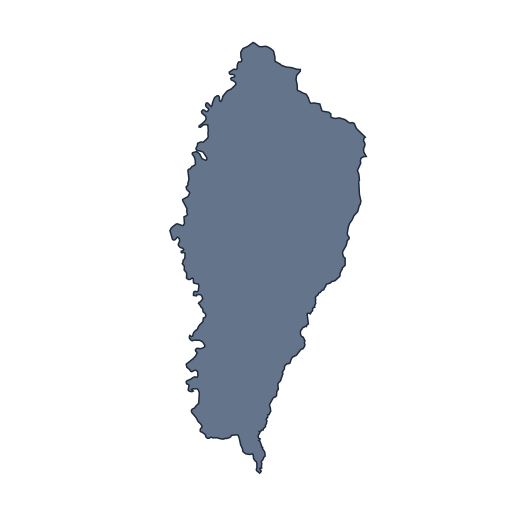 Santa Rita do Trivelato, Mato Grosso, Brazil (orthographic projection), rotated 224°
{"feature_id": "56859067B5892381335106", "entity_name": "Santa Rita do Trivelato", "entity_type": "district", "adm_level": 2, "iso_a3": "BRA", "parent_name": "Brazil", "parent_adm1": "Mato Grosso", "projection": "orthographic", "projection_center": [-55.302, -13.782], "detail": "fine", "context": "isolated", "style": "filled", "palette": "slate", "viewbox_px": 512, "rotation_deg": 224, "n_neighbors": 0, "source": "geoboundaries", "source_scale": "gbopen_adm2", "svg_char_len": 6152}
<svg xmlns="http://www.w3.org/2000/svg" viewBox="0 0 512 512"><g transform="rotate(224 256 256)"><path d="M224.2,372.0L233.8,380.9L234.3,382.4L236.0,383.9L239.1,386.4L242.4,387.9L245.2,395.6L247.1,397.0L248.4,399.2L247.6,402.2L245.8,404.2L250.8,405.7L253.4,408.2L253.8,409.9L255.3,412.2L257.2,413.2L258.3,413.2L259.1,414.2L260.2,415.9L259.9,417.4L272.2,417.4L277.5,419.6L279.5,418.8L281.0,416.7L286.8,415.9L292.1,413.2L294.3,410.2L296.7,408.6L298.1,408.1L299.2,408.4L300.9,410.2L303.5,410.0L308.6,406.5L309.5,406.3L315.7,409.7L320.7,406.3L322.3,404.1L323.5,403.9L325.8,404.7L328.2,406.1L332.2,407.2L336.7,405.4L338.4,405.2L340.8,403.9L342.3,404.7L345.0,407.5L349.8,410.8L351.5,413.0L352.3,414.5L352.5,419.8L353.7,421.0L356.3,418.7L361.2,416.3L365.3,413.1L369.7,411.0L372.3,410.7L377.6,409.3L380.9,412.5L384.9,415.1L386.1,415.6L389.5,415.4L393.3,414.4L394.9,413.4L397.5,410.2L399.4,408.7L404.2,408.3L406.4,407.6L407.5,401.1L409.5,396.1L408.5,392.0L404.9,388.5L402.7,387.6L401.7,385.9L402.2,384.6L403.2,383.7L403.1,382.4L402.1,380.3L399.7,377.6L400.0,376.2L401.7,375.1L403.0,369.7L402.1,368.9L400.9,368.7L400.0,369.2L399.1,370.5L397.4,371.0L396.1,370.6L396.0,369.4L397.5,367.4L397.5,366.1L396.1,365.5L392.8,366.6L390.7,366.4L389.6,365.3L389.8,359.0L391.3,354.9L391.3,353.1L390.8,347.7L389.2,345.3L388.6,342.8L389.7,342.2L392.9,344.9L394.3,345.2L395.3,344.1L395.8,341.5L395.5,340.2L393.4,335.4L392.5,334.4L392.0,332.4L397.0,332.5L398.0,331.6L397.6,330.3L396.5,329.1L395.2,328.7L392.7,328.9L391.7,328.5L391.3,326.4L392.1,325.4L394.9,324.9L395.8,324.0L395.5,322.0L394.1,321.2L389.2,321.5L388.0,320.8L387.0,319.7L386.5,317.6L386.7,313.9L387.3,310.0L386.5,309.2L385.3,310.2L384.9,313.9L383.2,315.8L381.7,316.8L377.4,313.0L376.2,311.3L373.1,308.4L372.7,307.1L373.0,301.3L375.1,299.4L376.3,296.5L374.6,294.2L374.1,291.9L373.2,291.1L371.9,291.0L368.0,293.3L366.0,294.0L359.7,292.5L358.6,291.5L358.4,290.3L359.5,289.5L362.6,288.5L367.1,290.2L370.0,290.1L371.5,289.5L373.4,286.2L372.7,285.0L369.6,284.5L366.7,283.0L363.4,280.1L363.2,278.6L364.2,275.9L363.9,272.6L364.6,271.8L364.6,270.4L357.4,264.5L355.5,260.9L354.6,260.3L354.1,258.8L354.4,257.4L353.3,256.4L351.8,255.7L348.1,255.7L347.3,255.0L346.2,251.5L348.0,245.7L347.2,244.9L338.6,242.1L336.8,239.9L334.1,238.3L334.1,236.6L335.0,234.1L330.0,229.6L329.6,227.5L330.1,226.7L334.8,224.6L335.6,223.6L336.3,219.0L336.3,216.9L335.5,214.4L327.7,210.0L326.2,210.3L325.5,211.5L325.7,214.8L324.7,215.3L323.3,215.2L321.4,213.8L320.1,210.5L319.3,209.8L317.1,209.5L316.1,209.6L314.1,210.7L312.4,210.4L312.3,209.1L313.1,207.5L312.3,206.6L311.4,206.9L310.6,208.2L309.0,208.7L306.0,205.4L305.4,204.0L305.5,202.3L304.3,201.0L303.7,199.2L301.1,199.0L299.8,198.2L297.9,196.0L294.4,195.7L292.5,194.0L290.9,192.0L289.7,191.8L287.9,192.4L287.0,193.6L286.6,195.8L285.3,196.0L282.7,193.6L281.6,193.4L278.0,195.8L276.3,194.9L273.3,190.7L273.6,189.1L275.1,188.5L275.8,187.2L275.2,185.9L273.6,184.2L271.2,185.9L271.6,187.0L270.2,188.8L268.7,189.7L266.7,189.4L264.5,188.1L264.2,184.3L264.7,183.4L264.5,182.0L261.8,181.7L259.8,181.0L258.3,181.1L257.2,180.7L255.4,179.1L252.5,179.3L250.9,178.5L250.2,177.3L250.1,175.9L250.8,174.9L248.5,171.7L248.7,167.8L248.4,165.4L247.2,162.5L247.7,160.8L247.7,158.3L247.5,157.2L246.0,154.4L246.6,153.1L248.4,152.9L247.9,151.6L246.6,150.5L244.2,150.3L242.9,150.7L242.4,152.2L237.9,156.2L234.9,157.2L230.8,156.2L229.8,155.1L230.5,152.5L231.7,150.6L234.1,148.9L234.6,147.7L234.4,146.4L233.2,145.6L231.5,145.7L230.8,144.7L229.9,142.1L229.9,138.3L231.1,129.7L228.4,127.9L225.3,128.2L222.7,127.7L221.8,128.2L220.7,131.3L219.6,132.1L217.8,132.3L214.5,129.5L214.2,127.7L216.2,126.4L216.7,125.3L217.6,121.4L218.9,118.6L219.0,117.3L218.2,116.4L216.9,115.9L215.4,116.6L214.2,116.3L211.9,112.6L210.9,112.3L209.7,112.6L207.8,113.9L207.3,115.3L209.5,115.2L209.0,116.9L207.8,117.7L206.5,119.3L204.9,119.7L201.8,118.3L194.9,110.2L195.0,106.6L194.6,103.9L195.5,101.5L195.4,100.4L194.6,99.4L193.4,98.8L186.6,98.1L182.5,96.7L179.4,96.8L176.7,96.1L175.9,95.1L176.0,93.4L175.3,92.0L174.1,91.1L171.9,91.9L168.5,92.3L166.1,91.0L164.3,91.2L163.1,92.3L162.8,94.0L162.0,94.8L160.9,95.0L157.9,98.1L154.3,100.0L152.0,101.9L151.5,103.5L150.6,104.0L149.0,106.7L148.6,108.2L149.0,110.0L145.5,114.2L144.5,114.6L142.0,113.6L135.7,109.4L132.6,108.3L129.4,106.2L125.9,106.6L122.7,108.8L121.2,111.2L120.0,111.0L117.0,108.6L114.2,108.0L112.7,108.3L111.3,107.4L108.4,104.5L107.4,102.5L106.2,102.0L102.5,102.4L102.6,104.5L103.4,105.2L104.9,105.3L105.8,106.0L104.6,107.4L105.9,108.3L107.8,110.9L108.9,111.3L109.7,112.6L109.4,113.8L110.6,116.8L110.4,118.4L112.8,120.5L114.1,121.2L117.4,121.9L118.2,122.9L119.3,122.5L120.0,123.3L124.6,125.5L125.8,125.2L125.6,126.3L126.0,127.3L127.0,126.9L128.6,127.2L130.1,129.1L130.0,130.3L130.7,131.6L131.7,132.0L130.8,132.6L130.9,134.9L130.0,135.7L130.7,136.8L130.6,139.7L131.5,140.6L132.3,143.2L133.0,143.8L133.5,145.0L135.1,145.5L135.8,146.8L135.3,147.7L137.2,150.1L136.4,151.1L137.3,153.2L137.4,154.4L139.9,156.5L142.5,157.9L143.2,159.0L145.0,165.4L144.8,166.9L144.1,168.3L144.2,169.8L146.6,172.6L147.3,174.1L147.2,175.5L151.4,179.1L151.7,180.4L151.7,183.3L152.3,184.6L155.0,190.2L156.2,190.5L157.2,194.5L158.8,196.5L159.1,197.6L158.6,200.4L157.8,201.1L157.2,202.6L158.9,206.0L159.5,208.4L158.0,212.7L158.7,219.0L158.7,220.5L157.8,221.8L158.3,224.7L159.1,226.1L161.1,227.4L161.9,229.0L165.6,230.4L166.9,229.9L168.3,230.0L169.7,230.7L171.9,232.9L172.5,237.4L171.9,238.4L171.7,239.7L170.8,240.3L171.5,241.7L171.1,243.5L178.1,249.1L179.2,250.3L178.3,251.6L176.7,252.1L177.4,254.7L177.2,255.9L178.8,257.6L178.8,259.0L178.1,259.9L179.2,260.6L180.2,263.5L181.9,264.7L182.4,265.7L184.4,267.4L184.8,268.6L184.5,271.4L185.2,273.2L184.5,274.4L184.7,277.1L183.8,278.7L184.7,281.1L184.7,282.3L185.8,284.5L183.8,288.1L183.7,290.4L182.0,293.1L181.6,299.7L183.4,302.0L184.6,304.8L184.8,306.4L185.6,307.3L185.4,311.2L190.3,316.3L192.5,316.3L193.8,316.9L195.6,318.1L196.7,319.4L198.5,326.4L201.0,330.5L201.0,332.9L201.7,334.0L205.0,334.8L206.3,335.9L209.8,341.1L211.3,344.4L212.0,348.8L213.5,352.9L213.7,358.6L216.7,364.0L216.9,365.5L218.7,368.4L224.2,372.0Z" fill="#64748b" stroke="#1e293b" stroke-width="1.5"/></g></svg>